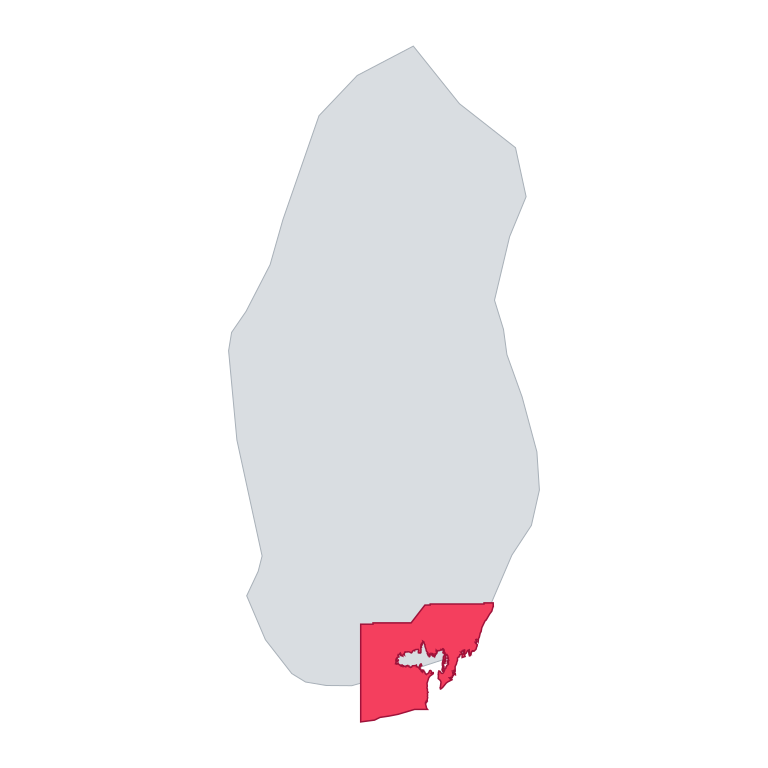 98, Ar Rayyān, Qatar shown in context
{"feature_id": "91078587B41884610793448", "entity_name": "98", "entity_type": "district", "adm_level": 2, "iso_a3": "QAT", "parent_name": "Qatar", "parent_adm1": "Ar Rayyān", "projection": "mercator", "projection_center": [51.33, 24.623], "detail": "fine", "context": "in_parent", "style": "filled", "palette": "rose", "viewbox_px": 768, "rotation_deg": 0, "n_neighbors": 0, "source": "geoboundaries", "source_scale": "gbopen_adm2", "svg_char_len": 6565}
<svg xmlns="http://www.w3.org/2000/svg" viewBox="0 0 768 768"><path d="M415.4,668.7L382.6,676.9L351.8,685.7L326.2,685.5L305.5,682.0L291.8,673.6L265.4,639.7L246.7,595.8L258.2,571.3L262.1,556.0L236.9,440.0L228.6,350.7L231.6,332.4L246.1,311.3L270.1,264.7L282.9,219.7L319.0,115.7L357.2,75.5L413.3,46.1L459.4,103.7L515.5,147.7L526.1,196.7L509.6,236.7L494.5,300.2L503.5,329.4L506.9,354.6L522.1,396.9L536.9,451.9L539.4,490.0L531.4,525.4L511.9,555.1L473.6,644.3L462.1,653.5L415.4,668.7Z" fill="#d9dde1" stroke="#a8b0b8" stroke-width="1"/><path d="M360.7,721.9L374.5,720.1L380.0,717.4L388.9,716.1L398.1,714.3L414.6,709.4L427.5,709.4L426.6,708.2L425.5,703.7L425.5,702.8L425.9,702.9L425.9,701.8L425.9,702.5L426.6,702.3L426.6,701.7L426.1,701.7L426.1,701.4L426.7,701.5L426.8,700.9L427.3,701.0L427.2,699.6L427.7,697.6L427.4,696.5L427.6,695.3L427.4,693.0L428.1,692.3L427.4,691.2L427.4,689.0L426.9,688.0L427.3,686.2L427.0,683.3L428.8,677.7L430.2,675.9L433.0,674.0L433.3,673.5L433.2,671.9L433.1,673.5L432.6,674.1L432.1,674.1L431.7,673.3L431.2,673.2L431.8,672.7L431.3,671.1L430.6,670.5L430.0,670.5L429.6,670.7L428.8,672.6L427.8,673.7L426.6,674.0L426.3,674.5L425.4,673.7L424.7,672.0L424.3,671.9L423.4,669.7L423.3,670.7L422.9,670.8L422.7,671.5L422.1,670.0L421.7,670.2L421.6,671.6L421.4,671.5L420.7,669.4L420.4,669.7L420.0,669.4L419.8,668.6L420.1,666.8L420.6,666.6L420.7,665.5L421.5,665.6L422.0,666.1L421.1,663.9L420.5,664.1L419.7,665.3L418.9,668.0L418.4,667.3L417.8,667.2L416.9,666.6L416.5,666.7L416.5,665.7L416.4,665.1L415.3,665.6L412.4,665.8L411.6,667.1L410.6,667.1L410.5,667.4L409.0,666.7L409.0,666.0L407.5,665.8L407.5,665.5L407.2,665.6L407.3,665.9L406.1,665.9L405.8,666.8L404.2,666.2L403.7,666.4L403.2,666.1L403.3,665.7L402.9,665.6L402.8,666.0L402.3,665.0L401.9,664.9L401.7,665.1L402.0,665.9L401.2,666.2L401.0,665.6L400.4,665.5L400.1,664.9L399.4,664.9L399.1,664.4L398.4,664.1L398.1,663.1L397.7,663.4L396.7,663.3L397.0,663.9L396.9,664.2L396.3,664.1L396.3,663.4L395.6,663.5L396.3,661.2L397.1,661.1L397.2,661.5L397.5,661.5L398.0,661.0L397.4,660.5L398.3,660.3L398.2,659.9L396.9,660.4L396.8,659.9L396.4,660.1L396.0,661.2L395.8,660.8L395.9,659.7L396.3,659.5L396.3,658.6L397.2,658.3L397.1,657.5L398.2,657.2L398.4,656.5L398.8,656.6L398.5,655.8L398.0,655.6L398.2,654.5L399.4,654.6L399.8,653.5L400.3,653.0L400.8,653.9L400.8,655.5L401.8,655.8L401.8,655.5L402.7,656.0L402.4,654.6L402.8,655.1L404.1,654.4L404.3,654.6L404.1,653.6L404.4,653.4L404.8,652.5L405.6,652.1L405.5,651.9L407.2,652.0L407.9,651.7L409.7,652.0L410.5,652.6L411.5,652.9L412.0,652.4L412.4,651.3L413.7,650.4L414.6,650.8L414.7,650.1L415.3,649.6L418.3,649.4L418.7,650.4L418.3,651.7L418.4,652.8L418.7,652.9L418.8,652.6L420.1,653.1L420.7,652.1L420.9,652.2L421.0,649.3L420.7,648.2L420.8,646.2L421.6,648.1L420.9,645.1L421.6,645.1L421.7,645.5L421.9,645.3L421.9,644.6L422.2,644.5L422.1,644.1L421.5,644.3L421.5,643.4L422.0,643.0L422.7,643.0L422.7,642.6L423.1,642.4L422.8,641.2L423.8,641.8L424.6,644.5L424.9,644.6L425.0,646.4L426.0,649.1L426.3,650.9L427.4,652.3L427.2,653.4L428.2,655.5L428.7,655.2L428.9,656.0L429.3,656.1L429.3,657.4L429.5,656.3L429.9,656.2L430.0,655.6L429.4,654.0L430.4,654.6L431.0,653.4L431.4,654.0L431.9,654.0L431.8,655.1L432.9,656.1L433.0,655.4L432.5,654.6L432.6,653.7L432.8,653.8L433.2,654.1L433.4,655.2L434.6,656.7L434.9,655.4L435.1,655.8L435.3,655.6L434.9,654.3L435.5,654.5L436.0,654.1L435.9,653.8L436.3,653.8L436.3,653.2L437.0,652.9L436.1,651.0L436.2,650.2L437.2,651.6L437.3,651.2L437.6,651.3L437.8,651.1L437.5,651.1L437.5,650.6L439.7,650.6L440.6,650.0L441.0,650.1L441.1,649.4L442.7,650.0L442.8,648.7L443.1,648.7L444.0,649.7L444.2,650.5L444.2,651.1L443.3,651.3L442.9,652.7L443.3,653.2L444.2,652.4L444.4,652.9L444.9,652.7L445.1,653.3L444.8,654.0L445.0,654.1L444.6,654.7L445.9,654.8L445.9,655.1L446.3,655.1L446.3,654.7L446.8,654.4L447.8,655.9L448.0,657.3L447.6,658.1L447.9,658.8L448.3,658.6L448.2,659.8L447.9,660.8L447.5,660.9L447.4,661.9L448.2,661.4L447.8,662.2L448.3,661.9L448.4,663.8L448.4,664.1L447.9,664.1L447.9,664.8L447.5,665.2L446.8,665.5L446.7,666.3L446.0,666.8L446.0,668.0L445.1,668.3L444.7,669.9L443.0,670.5L443.0,669.2L443.7,668.0L443.5,667.6L443.9,667.7L444.0,666.4L443.6,665.6L442.8,666.1L442.3,668.9L442.0,669.2L442.1,670.2L442.5,671.2L442.9,671.3L443.2,670.9L444.3,670.8L443.9,671.9L443.5,672.0L443.4,672.7L442.7,673.4L441.4,673.3L439.9,671.2L438.9,671.0L438.9,671.8L438.4,672.2L438.5,674.1L438.5,674.4L438.2,674.4L438.4,675.7L438.2,678.6L440.3,680.4L441.0,682.1L440.4,687.0L440.1,687.9L439.6,688.4L440.2,688.0L440.3,687.5L440.5,689.0L440.9,688.9L442.6,687.5L446.2,683.1L447.6,682.0L452.1,679.7L451.6,678.5L450.7,678.3L450.5,679.4L449.3,677.8L450.1,677.8L450.4,677.5L451.5,677.8L451.5,677.4L452.3,677.3L452.2,676.3L452.5,675.6L453.3,675.7L453.3,674.9L453.9,674.3L455.4,674.8L455.3,673.7L454.4,673.7L454.0,673.1L453.1,673.0L453.2,674.0L452.9,673.9L452.7,672.7L453.0,672.9L453.8,672.4L454.3,672.8L454.8,672.7L454.6,672.0L453.8,671.1L453.2,670.9L454.2,670.6L454.1,671.0L454.4,671.1L454.4,670.4L455.2,670.8L455.1,666.6L456.5,663.8L456.7,662.4L457.5,660.4L457.5,657.9L458.5,657.0L459.0,657.0L459.1,656.2L459.9,655.8L459.8,654.6L461.8,654.0L462.0,653.0L461.0,652.2L461.7,652.2L462.0,651.1L463.5,651.1L463.5,650.5L462.6,649.9L463.8,650.4L464.5,650.4L464.6,650.0L464.8,650.1L464.5,651.9L464.3,652.3L464.1,652.0L463.8,652.2L463.8,653.2L463.3,654.1L462.6,654.3L462.1,655.2L462.1,657.5L465.1,656.5L464.5,654.9L465.1,654.2L465.2,653.5L466.0,653.3L466.4,652.8L467.6,650.5L468.4,650.5L468.7,650.0L469.2,649.8L469.2,650.8L468.6,650.8L468.8,652.6L469.3,651.7L469.6,651.9L469.6,652.5L468.9,653.0L469.1,654.1L469.6,653.2L469.7,653.8L470.2,653.8L470.6,654.3L469.9,654.2L469.7,655.8L470.2,655.7L470.6,655.2L471.8,651.4L472.7,650.7L473.5,650.8L473.2,651.2L474.0,651.2L476.0,649.3L476.9,646.0L477.1,646.0L477.3,644.7L475.6,643.2L475.2,642.4L476.4,642.6L476.4,641.5L475.8,639.6L476.7,639.3L477.3,639.8L478.2,639.5L477.9,641.7L478.1,642.0L478.6,638.5L479.3,637.2L480.2,633.1L481.1,631.6L481.8,627.7L484.9,621.2L485.8,620.1L486.1,620.1L489.8,613.8L491.8,611.2L493.1,606.5L493.3,606.5L493.2,602.9L484.0,602.9L484.0,604.0L430.2,604.0L430.2,605.0L424.9,605.1L411.1,622.9L373.0,622.9L373.0,624.2L360.7,624.2L360.7,721.9ZM445.7,655.8L444.9,655.0L444.3,656.1L443.5,656.4L443.7,657.1L443.5,657.3L443.3,657.8L443.3,660.2L443.0,660.2L442.3,663.3L442.4,665.5L443.0,665.6L443.0,664.7L443.5,662.4L444.1,662.4L444.1,663.2L444.6,663.6L445.0,663.5L445.0,662.2L444.5,661.7L444.3,660.0L443.8,659.0L444.3,659.2L445.1,661.2L445.6,661.3L445.8,660.5L445.4,657.8L446.0,657.9L445.7,655.8Z" fill="#f43f5e" stroke="#9f1239" stroke-width="1.5"/></svg>